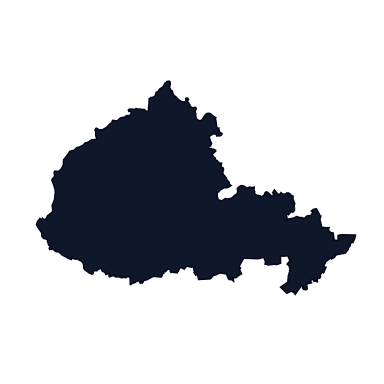 outline of Sucre, Sucre, Colombia, rotated 264°
{"feature_id": "7082276B5425640174100", "entity_name": "Sucre", "entity_type": "district", "adm_level": 2, "iso_a3": "COL", "parent_name": "Colombia", "parent_adm1": "Sucre", "projection": "mercator", "projection_center": [-74.732, 8.783], "detail": "fine", "context": "isolated", "style": "filled", "palette": "ink", "viewbox_px": 384, "rotation_deg": 264, "n_neighbors": 0, "source": "geoboundaries", "source_scale": "gbopen_adm2", "svg_char_len": 6052}
<svg xmlns="http://www.w3.org/2000/svg" viewBox="0 0 384 384"><g transform="rotate(264 192 192)"><path d="M289.5,159.2L284.0,158.4L279.9,157.4L278.1,157.4L276.8,156.7L276.9,155.4L279.2,152.9L279.1,151.8L280.0,148.7L280.1,146.7L280.9,145.1L280.1,144.1L280.9,139.5L280.8,138.0L280.2,137.2L278.8,137.5L278.3,139.4L277.7,139.9L276.1,139.5L274.7,138.2L274.5,136.8L274.9,134.9L273.5,132.7L273.3,129.0L272.2,127.1L270.5,125.1L271.6,120.6L269.1,119.2L268.3,117.3L265.1,113.6L263.3,109.4L263.5,106.1L265.1,104.4L265.5,103.4L264.3,102.1L260.8,102.6L259.1,102.1L254.5,102.8L254.3,99.7L254.5,97.6L252.4,93.9L251.9,90.8L249.9,88.4L248.4,84.4L248.2,81.8L246.0,79.6L245.2,74.6L243.2,73.2L237.4,67.6L232.4,66.9L228.8,64.6L226.7,61.9L226.6,60.2L227.2,57.9L226.6,57.3L226.0,56.9L223.4,57.1L221.5,56.7L219.9,54.7L218.5,53.8L214.4,55.0L208.8,56.1L205.9,56.0L199.0,54.5L193.1,51.5L189.1,51.6L186.8,51.2L183.3,45.6L180.1,43.7L180.4,41.3L181.6,40.5L180.6,39.9L180.6,38.8L181.6,38.0L178.8,35.3L175.8,33.9L171.5,35.8L167.5,38.1L165.9,38.3L163.7,38.0L162.5,38.6L161.1,39.8L160.9,41.1L159.7,43.5L158.1,43.0L156.4,43.6L154.7,43.7L154.0,44.0L153.3,45.5L151.0,44.1L149.6,44.5L149.7,47.8L146.9,50.4L146.3,53.3L143.0,56.2L141.0,59.0L140.6,60.1L139.5,61.0L137.5,65.0L139.3,65.7L138.6,66.1L137.5,68.7L137.3,70.1L137.8,70.8L137.6,71.1L136.5,72.0L134.9,74.5L133.2,76.0L130.2,76.7L127.4,76.4L125.9,77.2L122.2,81.3L120.7,83.9L121.0,84.8L122.0,85.5L124.1,85.7L123.6,89.2L125.3,91.4L125.5,92.9L125.3,93.7L122.6,94.5L121.2,97.1L119.0,97.7L119.4,99.6L119.2,100.8L116.7,100.7L116.2,101.3L116.9,103.6L116.9,105.7L116.7,106.3L116.1,106.4L115.4,107.6L115.3,110.5L114.0,113.0L114.3,114.8L113.7,117.1L113.9,118.0L114.8,118.9L114.8,119.7L113.6,121.0L112.6,121.5L106.5,120.9L106.3,121.5L107.6,123.2L107.5,124.3L108.0,126.3L109.2,127.5L109.0,128.5L109.3,129.5L108.7,130.7L107.9,130.4L106.6,131.1L106.9,132.3L106.6,133.0L107.0,133.3L108.5,132.9L107.8,134.2L109.7,135.0L109.2,135.7L109.3,137.6L112.2,144.8L110.6,152.5L111.7,153.4L113.5,154.0L114.2,155.5L115.5,155.8L115.6,157.4L117.5,159.3L117.8,160.9L117.6,161.5L116.9,162.0L114.9,162.2L114.1,162.8L114.3,164.1L113.1,168.8L113.4,169.1L114.1,169.1L114.5,170.1L115.3,170.3L117.8,172.2L117.7,173.9L116.1,176.2L118.5,178.5L118.7,179.4L117.2,183.7L118.0,185.4L111.7,186.2L111.7,185.7L109.0,187.0L109.5,188.1L107.9,189.0L104.3,189.4L103.7,200.7L104.3,202.0L106.1,203.7L106.7,203.8L107.0,206.6L108.6,211.4L106.9,217.6L101.7,219.2L100.9,220.2L100.7,222.3L98.9,224.0L100.3,224.1L103.0,223.1L102.2,224.7L102.2,226.7L104.7,230.8L105.4,232.7L110.5,231.0L110.8,231.9L111.3,232.3L113.0,231.0L120.8,236.5L118.7,250.9L119.5,256.5L115.2,257.8L112.6,257.1L112.1,259.6L111.5,259.7L111.5,267.0L110.9,268.3L111.9,272.7L119.1,273.3L118.6,276.5L118.5,280.3L118.1,280.8L113.5,282.2L110.3,279.1L108.2,280.9L106.0,281.3L105.7,281.1L105.3,281.8L104.3,281.4L103.9,280.8L103.2,281.1L100.5,279.8L98.9,279.7L98.8,279.1L93.2,278.0L92.2,277.6L88.1,270.1L81.4,275.7L83.0,280.3L81.2,283.0L79.4,283.9L87.6,291.2L86.5,292.6L85.1,291.8L83.6,292.6L82.8,295.1L83.5,296.5L87.8,296.4L89.5,297.7L89.3,299.2L88.8,299.0L89.2,301.4L91.4,300.4L92.2,301.9L92.3,303.5L90.4,303.9L90.5,305.3L89.6,307.2L93.4,307.9L92.8,310.0L94.7,311.1L95.5,310.2L98.9,313.3L97.8,314.4L103.2,317.4L103.7,315.5L104.7,315.4L108.8,317.8L112.1,323.6L110.9,323.9L112.1,327.0L113.8,327.9L114.6,329.9L115.2,338.0L118.6,341.3L120.5,342.1L122.0,343.8L122.8,343.4L125.7,345.8L124.9,346.8L128.8,349.0L132.1,350.1L133.9,336.1L133.5,332.7L128.4,332.2L129.3,328.4L136.5,328.1L137.5,324.8L138.4,324.9L138.7,323.9L140.4,323.9L142.3,324.6L142.5,320.8L143.2,319.1L142.4,318.6L143.1,317.5L151.4,316.3L154.4,317.6L154.4,317.2L162.3,314.0L162.1,311.0L160.6,308.7L159.0,310.0L156.1,307.6L156.4,305.0L156.0,303.6L155.6,302.8L154.7,302.1L154.0,300.6L154.9,299.1L155.6,295.8L156.7,293.5L155.4,290.5L155.1,285.1L154.1,283.4L154.6,282.4L156.4,283.9L159.3,283.0L159.9,285.0L159.3,285.4L160.7,287.2L162.6,288.0L161.2,290.1L162.9,292.0L165.2,292.2L165.4,291.7L167.6,292.2L170.1,292.3L169.9,292.9L175.4,291.5L176.3,292.1L177.5,292.0L177.9,290.6L179.9,289.3L181.0,287.9L181.1,286.0L180.1,284.2L180.6,281.8L182.1,280.4L181.1,279.7L180.3,277.4L185.5,274.2L183.1,272.3L180.3,272.8L179.3,272.1L180.1,270.3L183.8,267.2L184.4,266.1L183.9,264.8L181.5,263.4L180.2,261.4L180.0,260.4L181.1,259.5L182.2,255.7L184.0,254.0L185.0,254.0L185.5,254.5L189.0,253.4L188.9,254.2L190.3,254.4L190.1,252.5L191.0,249.5L190.0,247.9L190.9,246.0L192.6,244.2L193.3,241.6L192.1,239.1L190.7,237.4L187.3,237.5L185.4,236.5L184.4,234.2L181.8,230.9L181.2,226.7L182.0,224.4L179.7,219.9L180.8,219.2L181.6,217.0L182.9,217.1L184.8,216.6L187.3,216.8L188.1,217.0L189.8,218.5L189.5,218.8L190.9,220.1L192.4,223.1L192.8,224.8L192.6,226.8L192.8,228.5L194.3,231.6L195.9,230.0L197.9,229.9L200.3,228.0L202.4,227.6L206.8,224.7L208.6,224.7L211.2,225.8L212.7,225.5L213.2,224.9L213.4,223.6L213.8,223.4L217.6,224.4L217.8,223.7L217.3,222.8L218.9,221.6L219.5,220.7L220.3,220.6L221.7,218.7L223.5,218.6L224.6,217.4L227.3,215.9L230.2,219.9L230.8,220.0L232.3,217.9L232.5,216.5L233.3,215.8L233.4,213.7L234.3,213.0L236.2,214.1L235.8,215.2L238.4,216.6L239.7,216.0L245.8,214.6L245.7,215.3L248.0,219.9L247.3,220.2L247.1,222.0L245.0,222.6L245.4,224.0L244.8,224.8L245.3,227.0L246.9,228.1L249.2,225.4L250.7,225.6L251.9,225.0L252.7,225.5L253.1,223.4L261.1,223.2L262.5,222.8L263.5,223.5L264.6,221.8L267.8,218.6L268.4,217.6L268.6,215.9L268.3,214.5L267.0,212.9L262.3,209.1L262.1,207.0L263.3,205.0L264.5,203.9L268.1,203.7L269.8,204.0L270.3,203.5L273.2,204.0L274.3,205.0L275.0,204.9L276.0,204.2L275.6,201.4L276.7,200.1L277.0,199.0L278.6,199.1L281.3,197.8L282.6,196.7L284.5,198.3L285.7,197.6L286.1,196.2L285.7,195.5L283.0,195.3L282.6,194.9L282.3,193.6L283.3,190.3L283.9,190.0L285.5,188.1L288.1,186.2L289.8,184.3L291.9,183.3L294.7,183.0L294.9,181.9L298.1,180.7L299.2,180.7L300.8,181.6L303.8,181.7L304.6,181.1L304.6,178.7L303.5,177.4L303.2,176.5L300.6,174.9L299.4,173.7L297.7,170.5L295.5,168.6L295.0,166.8L291.5,165.5L290.2,162.9L290.3,160.9L289.5,160.0L289.5,159.2Z" fill="#0f172a" stroke="#020617" stroke-width="1.5"/></g></svg>